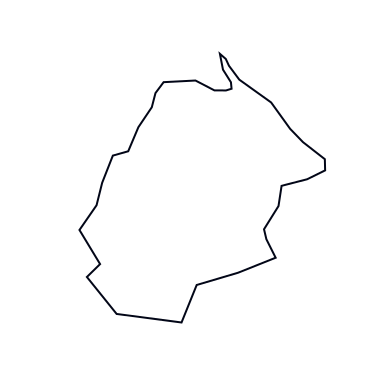 the Municipality of Salas, rotated 62°
{"feature_id": "LVA-5727", "entity_name": "Salas", "entity_type": "Municipality", "adm_level": 1, "iso_a3": "LVA", "parent_name": "Latvia", "parent_adm1": "", "projection": "natural_earth1", "projection_center": [25.678, 56.484], "detail": "fine", "context": "isolated", "style": "outline", "palette": "ink", "viewbox_px": 384, "rotation_deg": 62, "n_neighbors": 0, "source": "natural_earth", "source_scale": "10m", "svg_char_len": 592}
<svg xmlns="http://www.w3.org/2000/svg" viewBox="0 0 384 384"><g transform="rotate(62 192 192)"><path d="M225.4,59.3L235.4,64.3L234.8,84.4L228.6,110.0L245.0,122.2L258.7,145.9L268.6,148.5L289.3,149.0L284.9,189.3L276.3,231.5L302.3,262.5L264.3,315.8L217.7,324.7L212.5,307.0L172.7,309.2L158.9,282.5L141.7,267.0L122.7,244.8L126.1,229.2L109.6,208.9L98.3,187.7L87.5,177.8L81.7,165.5L95.2,136.6L112.8,124.5L118.3,114.3L119.4,108.6L113.4,106.1L98.5,107.2L83.1,102.5L90.4,99.7L97.9,100.1L115.0,97.5L150.1,80.1L182.3,75.7L200.1,70.6L225.4,59.3Z" fill="none" stroke="#020617" stroke-width="2"/></g></svg>